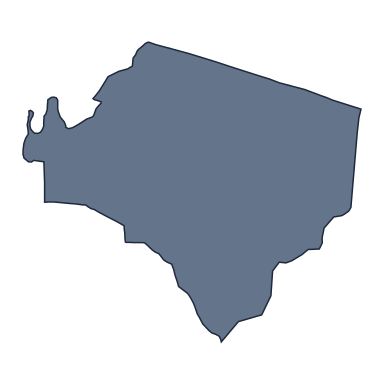 Al-Suwaira, Wasit, Iraq (Robinson projection)
{"feature_id": "34846034B1283467893722", "entity_name": "Al-Suwaira", "entity_type": "district", "adm_level": 2, "iso_a3": "IRQ", "parent_name": "Iraq", "parent_adm1": "Wasit", "projection": "robinson", "projection_center": [44.846, 32.842], "detail": "fine", "context": "isolated", "style": "filled", "palette": "slate", "viewbox_px": 384, "rotation_deg": 0, "n_neighbors": 0, "source": "geoboundaries", "source_scale": "gbopen_adm2", "svg_char_len": 2473}
<svg xmlns="http://www.w3.org/2000/svg" viewBox="0 0 384 384"><path d="M221.3,341.9L238.4,321.6L242.3,320.5L256.0,316.5L261.7,314.9L270.9,295.8L272.6,271.0L279.2,262.2L285.9,262.9L291.9,260.7L302.1,254.5L308.1,249.5L319.3,249.0L322.3,242.8L322.1,237.8L324.1,228.0L333.7,217.0L341.9,215.6L344.3,214.2L348.7,211.1L350.9,207.5L357.2,133.0L358.9,117.8L361.0,109.1L332.8,100.2L332.5,100.1L326.1,97.4L321.1,95.7L305.0,89.6L279.3,82.8L269.4,79.0L259.3,75.9L230.5,66.7L216.6,62.1L189.7,53.8L172.1,49.0L156.0,44.7L148.4,42.1L147.9,42.3L145.6,43.3L142.4,46.2L138.4,49.5L137.2,51.0L135.6,54.8L133.2,57.9L132.8,61.0L132.4,66.2L130.0,67.4L128.1,68.7L127.9,68.8L122.2,70.4L118.9,71.3L114.2,73.6L108.0,76.7L105.4,81.1L102.2,86.3L99.2,91.0L96.0,95.1L94.5,96.9L93.0,98.7L93.9,99.3L94.7,99.8L97.0,100.4L98.8,101.0L101.1,101.8L101.1,103.1L98.8,105.5L98.3,106.1L96.1,108.8L95.2,111.2L94.7,112.7L93.5,115.8L91.8,117.2L90.6,117.6L86.8,119.0L83.4,121.2L78.3,124.5L75.3,126.2L72.3,127.8L70.1,128.3L68.6,128.7L66.7,127.8L65.8,127.4L65.7,125.4L64.2,121.8L62.1,119.3L60.2,116.9L58.5,112.3L57.7,109.0L57.7,100.3L57.5,99.9L56.3,97.8L53.7,97.1L52.3,97.3L51.3,97.4L47.9,99.7L47.5,104.2L47.3,107.6L47.2,109.8L45.8,114.1L44.1,116.1L44.0,118.8L43.7,121.9L43.7,126.3L42.9,128.2L41.9,130.3L40.4,132.3L37.9,133.4L35.4,133.2L34.4,133.1L32.4,131.2L30.7,129.0L30.0,126.2L29.9,122.2L31.4,118.4L32.8,116.1L32.9,115.8L33.4,112.9L32.4,111.6L30.6,110.4L28.9,111.0L29.0,112.7L29.1,115.2L29.0,115.8L28.8,116.1L28.3,116.6L28.3,117.6L28.3,118.3L28.3,119.8L27.2,124.7L28.1,130.5L28.3,134.1L25.7,138.2L23.9,143.5L23.1,149.8L23.0,154.4L24.1,158.2L28.5,161.8L31.5,162.0L31.8,161.8L33.6,160.4L37.4,160.9L43.9,161.8L44.0,165.0L44.6,182.4L44.6,202.2L45.2,202.2L48.1,202.0L49.9,202.0L53.9,202.0L64.7,203.0L69.7,203.5L75.5,203.9L82.6,204.9L85.6,204.9L87.8,206.6L91.2,208.7L94.0,209.4L99.0,212.3L108.4,217.3L116.8,221.6L124.0,225.7L124.2,226.9L124.2,228.8L124.8,233.3L125.0,238.8L125.4,242.1L126.2,242.4L130.4,242.4L133.4,242.6L138.1,242.6L142.5,242.6L144.7,242.9L147.3,245.2L152.1,249.8L154.9,251.9L158.9,253.8L160.5,255.7L162.5,258.4L164.1,260.3L167.3,262.2L171.9,264.3L172.3,266.0L172.8,267.1L173.5,268.9L175.1,275.3L177.3,281.8L178.6,286.5L180.2,287.7L181.4,288.7L184.6,291.1L187.6,293.4L189.2,295.6L191.2,298.9L193.6,303.5L195.4,308.2L197.2,313.7L199.6,317.8L201.2,320.9L202.8,324.0L206.7,328.1L209.3,330.9L212.1,333.1L215.7,334.3L219.1,336.2L220.7,339.3L221.3,341.9Z" fill="#64748b" stroke="#1e293b" stroke-width="1.5"/></svg>